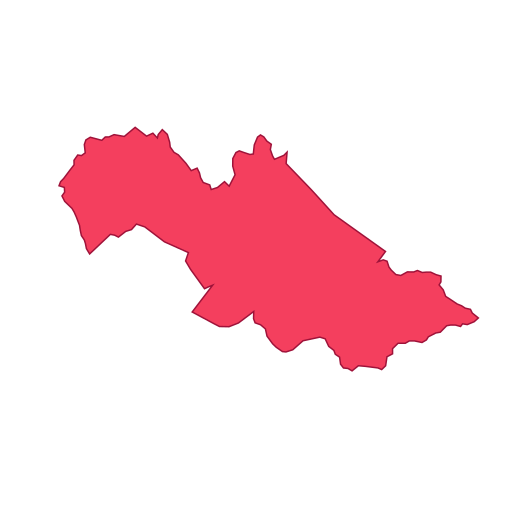 Vale do Sol, Rio Grande do Sul, Brazil (Robinson projection), rotated 314°
{"feature_id": "56859067B27359925158084", "entity_name": "Vale do Sol", "entity_type": "district", "adm_level": 2, "iso_a3": "BRA", "parent_name": "Brazil", "parent_adm1": "Rio Grande do Sul", "projection": "robinson", "projection_center": [-52.687, -29.586], "detail": "fine", "context": "isolated", "style": "filled", "palette": "rose", "viewbox_px": 512, "rotation_deg": 314, "n_neighbors": 0, "source": "geoboundaries", "source_scale": "gbopen_adm2", "svg_char_len": 2207}
<svg xmlns="http://www.w3.org/2000/svg" viewBox="0 0 512 512"><g transform="rotate(314 256 256)"><path d="M365.9,459.0L365.2,451.2L366.6,447.3L363.8,442.7L363.0,438.4L361.2,434.0L359.6,424.9L358.7,420.5L361.7,414.2L362.4,407.8L365.8,407.0L370.1,403.0L367.7,398.6L365.7,392.8L362.9,389.9L359.6,387.0L357.7,382.2L354.0,380.5L349.7,375.9L342.6,373.7L339.8,369.5L339.8,363.1L340.4,359.3L343.3,353.9L341.6,350.2L336.5,347.7L349.2,346.0L339.9,283.5L341.6,257.6L342.1,249.4L343.4,213.5L352.3,206.2L347.7,206.1L338.4,202.1L339.5,198.4L342.5,192.4L347.0,189.4L346.2,184.0L347.1,178.9L346.2,175.1L342.6,174.5L334.7,177.6L327.5,183.2L324.8,181.1L321.9,175.1L320.0,170.9L316.5,169.7L310.0,171.6L304.5,176.8L299.9,184.5L287.6,188.2L287.6,181.7L278.5,180.7L272.7,177.6L275.0,173.3L272.2,167.0L273.8,161.8L276.5,157.6L278.3,152.6L272.4,150.1L274.0,141.3L274.8,129.9L273.6,125.0L274.8,118.6L277.9,114.8L281.9,107.7L281.8,100.8L275.4,101.3L272.4,103.1L272.7,96.5L266.2,94.0L264.6,79.7L250.5,78.2L244.7,69.6L239.5,67.5L236.9,64.9L232.1,64.7L226.3,54.3L221.3,53.0L216.9,55.1L211.6,61.5L207.0,60.7L204.8,57.6L198.4,58.6L195.2,61.8L189.4,62.4L178.1,63.8L173.7,63.8L169.7,65.5L172.2,70.5L169.0,74.0L164.4,74.7L162.4,80.5L162.4,86.1L162.4,90.6L161.3,94.6L159.2,99.8L157.3,103.8L155.5,107.7L152.3,111.9L149.4,116.2L148.3,121.3L146.5,124.6L143.5,128.9L141.9,134.9L170.4,136.2L172.8,139.9L174.0,143.9L183.2,145.2L188.5,148.1L195.9,147.8L199.7,155.8L202.6,180.3L211.5,205.0L203.5,208.8L200.9,218.3L196.7,241.7L200.9,243.3L204.9,245.1L171.4,249.0L178.0,272.4L179.9,278.7L186.4,285.7L191.9,288.2L195.6,289.9L214.5,292.9L209.2,297.8L207.3,301.8L209.7,307.0L210.1,313.4L206.0,319.6L204.4,329.0L204.4,333.9L205.6,341.4L207.8,344.2L214.1,347.6L227.7,348.7L242.0,358.3L244.5,363.3L241.5,371.1L242.2,377.6L240.4,381.3L241.3,386.4L236.9,392.0L236.2,396.7L239.0,400.3L240.1,404.9L248.2,405.9L252.5,411.2L260.2,421.5L261.6,425.3L267.1,425.5L274.5,420.2L280.5,422.2L284.2,418.6L291.9,418.8L296.9,424.0L301.4,425.3L305.0,429.0L309.1,435.5L314.0,436.9L317.6,436.1L325.5,438.8L329.2,441.5L338.3,441.6L341.6,444.0L344.9,447.5L347.4,452.1L350.7,451.7L353.4,455.6L360.3,458.6L365.9,459.0Z" fill="#f43f5e" stroke="#9f1239" stroke-width="1.5"/></g></svg>